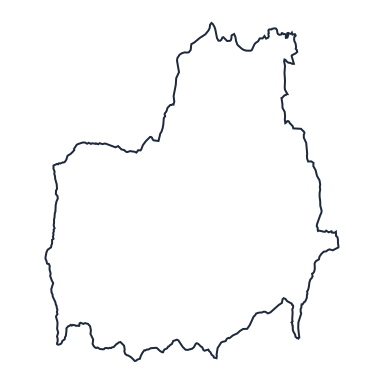 Colta, Chimborazo, Ecuador (Equal Earth projection)
{"feature_id": "8360857B90964740580974", "entity_name": "Colta", "entity_type": "district", "adm_level": 2, "iso_a3": "ECU", "parent_name": "Ecuador", "parent_adm1": "Chimborazo", "projection": "equal_earth", "projection_center": [-78.852, -1.798], "detail": "fine", "context": "isolated", "style": "outline", "palette": "slate", "viewbox_px": 384, "rotation_deg": 0, "n_neighbors": 0, "source": "geoboundaries", "source_scale": "gbopen_adm2", "svg_char_len": 5880}
<svg xmlns="http://www.w3.org/2000/svg" viewBox="0 0 384 384"><path d="M57.2,344.3L58.3,344.7L60.5,344.1L61.6,343.0L62.4,340.9L64.7,339.3L65.0,337.2L65.8,336.0L66.5,330.4L66.4,328.3L68.3,326.2L69.4,325.9L70.8,324.8L71.8,325.6L72.9,324.9L75.1,325.3L76.1,325.9L77.3,325.6L79.0,326.0L79.3,325.7L79.5,323.4L80.5,322.8L83.4,323.9L84.9,323.1L88.0,323.9L90.1,326.3L90.9,330.2L90.5,333.9L93.2,339.6L92.6,343.9L93.4,345.6L94.9,347.4L96.1,348.0L97.5,347.5L100.0,349.0L102.7,349.3L103.9,349.2L104.9,348.2L106.8,347.9L108.3,348.4L109.8,347.8L111.0,348.1L112.1,347.3L113.6,347.1L116.5,344.0L117.7,343.5L118.4,342.6L120.4,342.0L124.1,345.7L124.7,349.8L124.3,351.4L125.3,354.0L126.9,355.2L128.2,355.5L131.2,357.3L134.8,361.0L136.3,360.6L137.3,359.6L140.0,358.7L140.6,356.3L142.5,352.7L144.3,350.3L145.4,350.4L146.5,349.6L148.4,349.5L150.8,348.2L156.1,347.8L157.0,348.1L159.8,350.8L162.0,352.2L163.1,352.2L163.4,351.1L164.5,349.5L167.1,348.3L168.1,346.6L168.8,346.5L170.4,344.8L171.9,344.0L173.2,341.0L176.9,339.7L178.4,340.4L182.7,346.9L185.5,349.7L187.7,349.9L192.2,348.7L193.9,347.2L195.8,343.7L196.9,343.2L198.5,344.1L201.0,346.6L202.2,347.2L203.3,349.8L204.4,350.7L208.4,349.6L209.1,351.1L210.5,352.3L211.6,354.7L213.5,356.2L213.8,357.5L216.5,358.2L216.8,356.1L216.6,354.5L217.6,348.1L221.1,342.6L222.3,341.9L225.6,341.1L226.9,338.7L228.5,337.9L229.2,338.2L230.0,337.8L232.9,335.4L237.3,333.4L240.0,330.9L243.1,329.0L247.2,328.8L249.8,325.0L253.7,316.5L255.0,315.4L256.2,313.5L259.1,312.6L261.8,312.5L263.7,311.7L265.4,311.8L267.9,313.4L270.4,312.4L278.6,305.1L281.9,302.9L282.6,299.2L283.7,298.2L285.4,298.9L287.2,301.2L291.7,303.6L292.1,304.9L293.0,305.4L293.2,306.4L293.0,307.8L292.3,309.3L292.6,312.4L292.2,320.1L292.6,321.4L291.5,322.4L292.2,323.4L292.3,325.1L292.8,325.7L292.6,326.9L292.9,327.8L292.7,329.0L293.3,331.4L295.1,334.6L295.5,336.7L297.1,338.2L298.0,338.0L298.4,338.5L299.3,337.5L298.2,328.2L298.4,322.4L301.0,314.2L301.2,313.1L300.7,312.2L300.6,309.2L301.3,307.7L301.6,304.3L302.6,304.3L304.2,302.0L305.2,301.5L306.8,297.9L306.9,295.1L307.4,294.0L307.1,291.4L308.0,290.2L308.8,287.2L309.4,282.4L310.4,279.4L311.4,278.5L312.6,276.4L312.1,273.7L313.6,272.7L314.5,270.6L314.8,268.3L314.6,263.6L314.9,262.8L315.9,261.1L318.9,259.4L319.5,256.6L321.4,253.9L323.7,251.7L326.0,251.4L328.3,249.8L329.6,249.4L332.8,250.3L338.4,247.4L338.5,246.7L338.0,243.4L337.9,239.2L337.4,237.1L336.1,236.0L335.9,231.8L334.7,232.7L332.0,232.6L331.5,231.3L328.8,232.3L326.1,230.7L325.4,231.6L324.2,231.8L319.0,230.6L318.0,231.0L317.7,230.1L317.7,227.8L316.7,226.2L317.1,224.0L320.2,215.3L321.4,212.7L321.6,210.5L320.3,205.8L320.2,201.3L319.6,196.8L319.6,193.0L320.2,189.3L319.8,187.1L320.2,184.7L320.0,183.2L319.5,180.3L317.0,175.9L315.6,170.2L313.3,166.1L313.5,162.9L311.3,161.4L308.2,161.5L307.2,159.0L306.9,155.8L307.2,154.0L306.2,142.9L303.8,137.7L303.8,134.7L304.4,133.4L304.3,132.2L301.0,128.8L293.3,128.4L292.6,126.0L289.7,123.1L289.3,122.1L288.5,121.2L287.3,121.1L286.5,122.3L285.3,123.1L284.8,119.3L285.1,116.4L284.7,111.9L282.5,107.9L282.4,103.9L281.5,98.0L282.2,97.8L284.5,95.3L285.8,95.1L286.6,94.1L287.4,94.1L285.0,89.8L284.7,87.6L285.0,80.8L284.5,72.8L285.0,65.9L284.1,61.3L284.5,59.5L285.4,59.8L286.4,61.2L288.4,62.7L289.9,62.8L292.6,63.9L293.9,63.8L291.6,55.9L291.9,55.3L295.7,53.3L297.2,52.0L296.7,49.8L295.7,48.8L296.1,47.1L295.6,43.6L294.3,40.9L294.1,38.9L294.3,37.1L295.7,35.6L295.5,35.2L294.9,35.2L294.8,34.2L292.5,34.6L291.9,32.7L291.2,33.8L290.1,33.8L288.1,32.9L287.3,33.3L288.2,35.3L287.4,37.6L285.9,37.9L285.7,36.9L286.2,35.7L285.7,34.5L284.3,34.0L283.8,34.2L282.6,33.3L282.2,33.7L281.7,33.4L281.4,34.4L280.8,34.6L279.4,34.8L278.0,34.1L277.4,32.8L277.0,30.1L276.1,28.7L274.9,28.3L272.1,28.8L271.6,29.4L269.2,29.4L268.4,30.4L268.8,33.1L268.4,33.4L268.3,34.1L268.8,36.3L268.1,37.7L266.1,38.6L264.5,36.0L262.6,38.4L259.7,38.4L258.2,41.2L255.4,43.1L254.3,44.6L251.9,49.9L250.7,50.7L245.9,50.6L243.5,49.8L241.5,48.5L237.5,44.9L236.1,41.2L235.4,36.9L234.1,34.0L231.6,35.4L231.3,38.7L230.8,40.2L230.0,40.8L227.1,41.0L223.4,37.2L222.4,37.5L221.4,39.7L220.3,40.7L218.5,40.7L217.0,38.1L215.3,29.4L214.4,26.8L212.9,24.2L211.5,23.0L210.1,24.7L209.6,28.2L208.6,30.3L205.4,34.3L199.7,38.0L194.3,42.5L191.3,44.2L190.7,49.9L188.9,52.2L187.3,52.6L184.6,52.4L181.9,53.2L179.6,54.7L177.4,58.0L177.0,60.6L179.0,72.2L176.2,78.2L175.8,84.7L173.6,96.1L174.3,101.7L173.5,104.6L172.5,104.3L171.6,105.0L170.3,105.0L167.6,107.7L166.4,111.4L164.8,113.5L164.6,114.4L165.2,116.2L163.8,118.1L163.3,124.6L162.7,128.0L161.5,131.7L160.3,133.5L158.5,141.0L153.5,140.3L152.7,139.4L151.9,137.6L150.8,136.9L150.0,137.0L145.8,141.2L142.9,145.1L141.2,149.5L140.5,150.4L138.2,150.2L136.4,152.6L134.8,151.8L130.2,151.1L127.0,152.1L125.4,151.3L124.3,150.1L121.4,149.4L118.1,146.1L115.5,147.3L105.2,143.5L102.5,144.1L99.6,143.2L98.3,144.2L96.9,143.7L96.1,143.9L95.8,143.4L95.3,143.7L92.0,143.3L91.0,143.9L88.8,142.8L87.1,143.7L85.0,142.5L82.8,142.5L77.9,144.1L76.7,144.8L74.3,148.4L74.0,149.0L74.3,150.0L73.1,151.5L70.6,153.9L67.5,155.8L66.4,159.5L65.1,161.6L63.8,162.5L62.8,162.4L60.3,163.5L59.0,163.3L58.0,164.3L57.1,163.9L53.5,165.5L53.5,168.9L54.6,171.5L54.3,173.9L55.0,176.2L55.2,178.9L56.7,184.2L57.0,188.9L56.0,190.7L55.9,194.1L57.5,196.1L57.8,198.5L56.5,201.4L55.7,205.1L55.4,211.6L54.8,213.2L54.5,217.6L54.0,219.6L54.1,221.9L53.7,225.6L54.6,228.3L53.6,229.7L53.9,231.2L53.2,233.1L53.5,234.7L52.9,236.7L53.5,238.8L52.1,239.8L52.1,243.5L51.4,245.2L51.0,247.4L47.7,249.7L46.5,252.1L45.5,257.3L45.6,259.2L46.4,260.7L47.0,263.3L47.4,263.8L48.8,263.9L49.7,265.8L49.5,269.4L50.6,273.3L50.2,276.1L51.9,280.7L53.2,283.1L51.3,289.1L51.5,292.4L52.5,294.3L52.7,296.5L55.3,302.0L55.9,304.8L56.5,305.5L56.7,307.6L57.4,309.8L56.9,312.1L57.5,314.0L56.3,315.8L56.0,316.8L57.4,321.7L57.5,324.0L57.1,328.8L58.2,332.6L57.0,336.5L57.6,338.4L57.7,341.3L57.0,343.2L57.2,344.3Z" fill="none" stroke="#1e293b" stroke-width="2"/></svg>